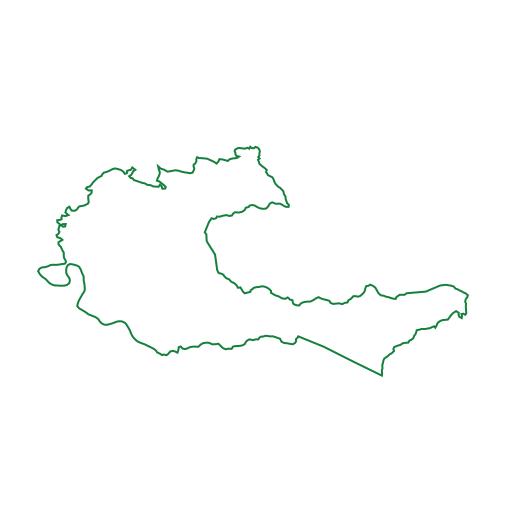 Canoinhas, Santa Catarina, Brazil, rotated 276°
{"feature_id": "56859067B63837267394953", "entity_name": "Canoinhas", "entity_type": "district", "adm_level": 2, "iso_a3": "BRA", "parent_name": "Brazil", "parent_adm1": "Santa Catarina", "projection": "equal_earth", "projection_center": [-50.514, -26.306], "detail": "fine", "context": "isolated", "style": "outline", "palette": "green", "viewbox_px": 512, "rotation_deg": 276, "n_neighbors": 0, "source": "geoboundaries", "source_scale": "gbopen_adm2", "svg_char_len": 6054}
<svg xmlns="http://www.w3.org/2000/svg" viewBox="0 0 512 512"><g transform="rotate(276 256 256)"><path d="M147.6,172.9L148.4,174.7L148.0,177.4L149.7,179.1L152.0,180.6L153.0,183.4L152.5,185.7L151.6,188.0L154.7,188.7L157.3,188.7L158.1,190.6L156.3,192.6L156.0,194.9L156.8,197.2L157.9,198.8L158.7,200.6L159.4,203.3L159.7,208.2L162.1,210.2L163.9,212.7L164.7,216.2L164.7,218.5L163.6,221.8L164.1,225.2L164.8,227.8L160.9,232.8L160.1,235.7L160.9,237.9L161.1,241.5L163.4,242.5L164.2,244.7L165.0,249.8L165.7,251.8L167.3,254.1L169.3,254.8L170.9,256.0L172.4,258.1L172.0,261.7L173.1,264.6L173.3,267.0L175.1,267.9L176.4,269.5L176.6,271.5L177.6,273.6L177.7,276.1L177.5,278.4L177.9,280.9L177.4,283.6L176.2,288.6L173.4,290.3L172.4,293.2L172.5,295.8L172.2,298.8L172.1,301.9L173.8,304.1L175.6,304.8L177.4,304.4L179.0,305.8L180.5,306.4L172.9,332.7L160.9,364.4L150.2,393.7L152.6,393.7L155.1,393.1L157.0,393.5L161.3,393.0L163.0,393.5L165.3,393.6L167.5,394.4L170.4,397.7L172.0,399.1L173.4,401.0L175.9,403.2L177.9,402.3L179.9,403.0L181.4,405.8L182.9,409.3L184.5,410.9L185.2,413.4L185.8,416.6L187.9,417.4L188.8,419.1L190.6,421.0L193.3,421.7L195.0,422.8L196.9,423.3L199.0,423.6L199.8,426.2L200.8,428.4L201.0,431.6L202.5,436.6L203.9,438.9L204.7,440.6L203.4,441.8L205.3,442.7L208.2,443.6L210.2,445.4L211.7,448.0L212.8,453.4L217.8,456.4L219.6,457.7L222.1,460.7L220.7,463.6L218.7,463.6L216.9,464.5L215.7,467.0L217.8,467.2L219.7,466.4L220.3,468.4L219.4,470.3L220.9,471.1L228.1,469.9L230.7,469.8L232.5,468.8L234.9,469.1L237.0,470.4L239.1,470.8L240.9,468.1L241.5,465.9L242.4,464.2L242.9,462.2L243.8,460.5L244.4,457.8L246.3,455.9L246.9,452.9L247.2,447.8L245.9,442.2L238.3,428.5L234.7,409.7L232.9,407.7L232.4,402.9L229.9,400.0L227.9,399.4L228.0,396.0L228.9,392.0L229.1,389.5L229.8,387.4L230.0,384.1L231.9,381.6L237.0,378.0L238.6,375.3L239.4,372.6L238.1,370.8L237.6,368.8L235.2,368.1L232.6,367.8L230.5,366.8L228.7,365.3L227.1,363.7L226.2,361.7L226.5,359.5L226.2,357.0L223.6,355.1L221.7,352.6L219.4,351.9L218.7,349.2L217.2,346.9L217.6,343.5L216.4,337.6L217.2,335.0L219.0,333.7L219.6,331.3L220.0,327.6L220.8,324.3L221.6,322.5L220.2,320.1L218.2,317.8L216.3,314.6L216.1,312.4L215.5,309.5L214.5,307.0L213.3,305.4L211.3,304.1L211.3,301.2L212.0,298.6L213.3,297.6L215.8,296.9L216.2,294.4L218.1,291.9L216.4,289.4L216.7,286.0L218.2,282.8L218.9,279.3L221.0,274.7L222.9,274.6L224.8,272.2L225.9,269.7L226.5,267.2L226.4,264.9L225.5,262.0L224.9,259.1L224.1,257.1L222.7,255.9L221.5,254.4L219.7,254.1L217.7,248.6L219.4,246.6L223.1,243.8L222.5,241.4L225.1,239.5L226.6,237.4L227.8,234.1L230.0,231.6L230.9,228.6L232.5,226.7L233.9,225.5L234.7,223.6L235.2,220.6L237.9,218.9L253.2,215.1L264.3,206.4L266.0,205.3L272.2,204.4L274.2,202.6L285.0,205.7L288.9,207.9L288.4,209.9L289.3,212.3L291.2,213.1L291.3,215.7L292.6,218.9L293.6,222.3L293.0,225.1L293.7,227.8L295.6,228.7L297.3,230.4L297.4,234.3L298.3,237.1L299.5,238.9L301.0,240.2L303.0,240.8L303.9,243.5L305.5,244.4L306.3,246.9L306.0,249.7L304.9,251.8L303.9,254.6L303.6,258.2L304.3,261.2L306.9,263.1L309.5,264.2L311.1,266.5L310.1,269.6L310.2,272.0L310.6,274.1L309.9,276.2L308.5,278.9L308.0,281.0L308.3,283.3L310.3,283.3L311.8,281.4L316.1,279.4L318.1,279.2L320.0,277.7L321.7,276.9L323.2,276.5L326.3,272.9L327.1,271.0L329.4,268.2L330.9,267.0L334.7,265.1L336.0,264.0L337.6,259.6L340.7,257.2L342.7,257.7L344.2,255.7L345.9,252.8L347.9,249.9L350.2,248.9L351.9,247.9L353.3,249.4L354.7,247.9L356.3,249.0L357.9,248.6L360.4,248.9L362.5,248.0L364.0,246.2L364.4,243.9L363.0,242.8L362.9,240.5L364.0,238.9L362.0,238.1L362.8,236.2L361.6,233.9L361.7,227.4L360.8,225.8L359.4,224.0L357.9,223.8L356.5,224.7L354.9,225.0L353.5,225.9L353.1,228.7L351.4,226.6L350.5,222.3L349.4,219.6L347.6,218.1L348.5,212.6L348.5,209.5L346.0,208.7L343.8,207.1L345.2,204.6L347.7,197.2L347.6,191.0L347.4,188.9L348.1,187.1L345.9,186.5L343.7,186.8L341.7,185.9L340.4,184.5L338.6,184.5L336.7,185.5L334.5,185.1L332.2,184.1L331.4,181.6L331.7,178.8L331.7,176.4L332.2,172.3L332.8,169.8L332.8,166.7L330.6,159.3L332.2,155.7L332.9,152.2L335.0,149.3L331.6,150.4L329.4,151.6L327.2,151.5L325.2,151.0L322.8,150.0L320.5,149.6L320.0,152.2L318.7,154.0L317.0,156.8L315.1,159.1L313.6,158.7L313.1,155.9L315.4,154.9L316.8,153.0L314.7,151.9L314.4,146.5L315.4,143.9L315.4,140.6L316.6,137.8L316.9,134.9L318.8,126.6L320.4,125.1L320.6,123.0L322.1,121.5L323.7,123.5L327.6,125.2L329.1,127.0L331.1,123.7L328.8,122.7L327.3,119.0L324.8,118.9L324.0,116.9L325.7,115.6L326.9,113.8L327.6,111.9L328.4,106.9L327.5,104.4L325.2,100.9L324.1,98.8L323.0,95.9L321.2,94.6L319.5,94.0L317.1,90.3L312.0,86.1L309.7,84.9L307.8,83.5L306.8,80.8L305.3,79.8L303.7,82.5L304.1,85.7L301.7,85.9L299.9,84.7L298.5,82.9L295.9,83.1L292.1,84.0L290.6,83.5L288.3,80.0L286.8,75.0L285.3,73.9L283.5,73.0L282.0,71.0L281.9,67.9L283.7,66.3L285.5,65.3L284.0,63.2L281.7,62.3L279.4,61.9L278.2,63.4L277.1,65.2L275.8,62.4L276.0,58.9L273.8,58.5L272.2,58.8L271.3,56.9L270.8,54.6L268.8,54.9L266.3,58.8L265.2,57.2L263.7,57.2L261.7,56.6L259.5,58.0L257.4,57.2L255.9,55.4L253.9,56.4L253.2,59.8L251.8,61.8L249.1,58.2L247.4,58.2L246.0,59.2L244.9,60.8L241.0,63.1L239.5,64.4L235.4,64.9L233.5,65.6L231.5,67.2L230.0,67.6L228.5,66.9L226.8,60.7L226.3,58.2L226.0,54.4L225.4,52.4L224.0,50.1L222.8,47.2L222.3,44.3L220.8,42.1L218.2,40.9L215.7,42.6L213.8,44.6L212.8,46.0L211.0,49.3L207.7,53.1L206.4,55.7L205.7,58.5L206.1,65.8L206.5,68.5L207.4,70.9L209.4,73.1L211.0,73.4L212.5,73.4L214.5,72.7L217.4,70.1L219.7,69.0L222.0,68.7L224.8,68.8L227.1,69.7L228.6,71.9L228.5,74.7L227.8,78.9L226.8,81.2L224.6,82.9L220.8,84.8L217.7,86.7L213.7,87.2L210.1,88.3L206.4,89.0L204.3,89.3L202.5,88.8L200.1,87.5L194.2,84.9L191.8,84.1L189.3,83.6L187.4,83.5L185.3,85.9L182.6,91.9L180.5,95.4L178.5,102.7L176.7,105.8L175.0,107.1L173.3,108.9L172.1,111.3L171.8,113.3L172.3,116.0L173.9,119.9L176.0,124.2L176.7,126.0L177.0,129.4L175.8,132.8L174.1,134.5L168.7,138.5L166.5,139.4L162.8,141.9L160.6,144.3L159.2,146.2L158.3,147.9L157.6,150.2L156.6,154.3L153.2,163.6L151.7,166.2L149.8,167.8L148.8,170.8L147.6,172.9ZM266.3,58.8L267.6,60.8L267.9,63.4L265.4,63.1L265.0,60.9L266.3,58.8Z" fill="none" stroke="#15803d" stroke-width="2"/></g></svg>